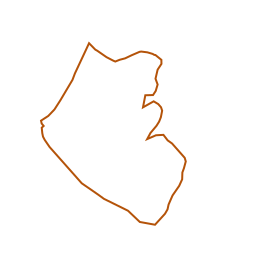 Iyebukel, Koror, Palau, rotated 135°
{"feature_id": "81905179B49247527018285", "entity_name": "Iyebukel", "entity_type": "district", "adm_level": 2, "iso_a3": "PLW", "parent_name": "Palau", "parent_adm1": "Koror", "projection": "mercator", "projection_center": [134.485, 7.349], "detail": "fine", "context": "isolated", "style": "outline", "palette": "amber", "viewbox_px": 256, "rotation_deg": 135, "n_neighbors": 0, "source": "geoboundaries", "source_scale": "gbopen_adm2", "svg_char_len": 936}
<svg xmlns="http://www.w3.org/2000/svg" viewBox="0 0 256 256"><g transform="rotate(135 128 128)"><path d="M95.6,215.5L102.4,213.0L127.0,204.1L133.2,201.3L156.3,195.4L166.9,193.1L175.9,192.9L184.3,194.7L185.9,192.2L186.2,189.1L188.8,189.2L192.3,184.9L194.2,182.0L195.3,178.5L196.9,169.9L199.8,121.6L196.2,101.9L195.1,94.9L186.5,69.5L186.1,53.2L177.3,40.5L162.5,41.2L157.6,42.5L153.4,45.2L144.2,48.8L132.7,50.9L126.0,53.4L121.0,58.1L116.9,60.0L110.8,63.5L109.0,66.8L107.8,85.9L108.7,91.2L107.8,98.1L113.4,103.1L122.3,106.6L115.6,108.6L106.3,109.4L101.5,110.5L97.1,112.4L91.6,116.1L90.0,119.3L89.7,123.5L91.0,128.7L102.8,132.0L92.6,138.9L87.0,133.6L82.2,134.6L76.3,137.8L73.7,143.4L65.8,148.3L59.0,149.7L56.2,152.6L57.0,160.2L57.7,161.1L58.2,163.0L60.8,167.8L64.6,172.7L66.0,173.7L73.8,176.8L80.8,179.3L85.6,182.1L90.0,184.0L90.8,186.0L93.1,193.3L95.1,204.4L95.7,206.5L95.6,215.5Z" fill="none" stroke="#b45309" stroke-width="2"/></g></svg>